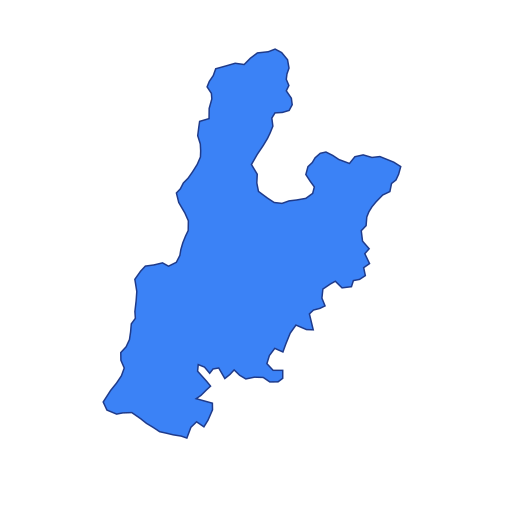 Morungaba, São Paulo, Brazil, rotated 112°
{"feature_id": "56859067B67621122776092", "entity_name": "Morungaba", "entity_type": "district", "adm_level": 2, "iso_a3": "BRA", "parent_name": "Brazil", "parent_adm1": "São Paulo", "projection": "orthographic", "projection_center": [-46.788, -22.888], "detail": "fine", "context": "isolated", "style": "filled", "palette": "blue", "viewbox_px": 512, "rotation_deg": 112, "n_neighbors": 0, "source": "geoboundaries", "source_scale": "gbopen_adm2", "svg_char_len": 2399}
<svg xmlns="http://www.w3.org/2000/svg" viewBox="0 0 512 512"><g transform="rotate(112 256 256)"><path d="M160.6,164.9L152.0,161.4L146.1,156.0L138.0,157.5L133.1,154.7L126.8,154.4L118.9,155.3L117.4,163.4L117.4,171.1L117.4,178.4L121.2,185.4L122.1,194.5L126.9,201.5L135.2,204.0L135.5,215.3L134.0,222.6L133.4,230.1L136.7,234.9L142.8,238.0L148.2,238.8L153.7,241.3L161.8,240.3L166.3,233.9L170.1,227.8L176.7,226.9L183.9,231.4L188.9,239.4L192.5,246.0L197.5,251.6L199.6,259.2L198.0,267.2L195.2,277.9L188.0,282.6L179.7,285.5L172.9,294.5L161.2,292.9L150.9,290.7L142.8,289.4L136.6,289.0L129.3,289.0L122.2,293.0L116.2,292.0L113.0,285.3L108.6,279.8L102.2,279.1L96.5,282.3L91.5,289.8L85.6,289.4L80.9,294.1L75.6,295.5L69.4,295.8L62.2,300.3L57.8,308.4L57.0,315.8L62.0,321.1L67.2,330.8L74.7,335.3L82.9,338.7L85.1,347.5L90.9,354.9L97.5,363.5L104.7,363.2L111.6,364.7L117.5,364.7L121.9,358.3L126.9,355.8L136.7,354.7L146.2,351.0L152.3,358.7L158.0,357.3L166.3,355.1L173.0,349.6L179.2,346.7L185.0,344.6L193.1,344.8L202.0,346.4L209.3,348.1L215.5,350.7L222.1,351.3L227.4,353.4L235.3,347.7L238.8,343.2L242.7,338.1L248.7,331.9L257.8,328.4L264.0,328.8L271.1,328.8L278.1,328.1L284.0,326.8L291.7,327.5L298.2,333.3L297.4,340.1L302.6,347.4L306.8,354.8L313.3,357.3L323.0,359.6L333.6,353.2L342.6,350.3L352.8,347.5L359.0,344.5L365.6,346.2L373.5,343.8L380.9,342.0L388.8,342.4L396.2,345.2L403.3,342.2L409.2,336.2L417.5,335.9L426.1,337.7L435.0,340.4L448.6,343.0L454.7,336.5L454.8,326.0L451.4,320.8L447.7,312.5L450.1,301.9L452.2,294.9L453.3,287.9L455.0,279.5L453.9,273.0L452.8,265.7L451.0,257.9L450.7,251.9L439.2,252.2L432.0,249.0L433.9,240.3L426.2,239.0L414.9,238.7L408.8,241.3L409.8,250.0L410.7,258.0L405.8,254.8L399.0,251.9L393.7,249.4L390.7,254.8L384.7,267.0L378.3,268.9L378.3,262.1L382.1,255.0L376.8,253.5L373.8,248.6L381.3,239.0L375.6,235.8L369.8,233.6L372.7,226.5L373.8,219.4L368.9,212.0L365.9,203.8L367.6,196.0L364.4,188.4L359.4,185.4L352.0,188.4L355.6,197.3L351.7,205.6L343.2,206.3L334.6,204.0L334.9,195.1L326.6,195.4L314.8,195.4L305.1,193.1L305.3,181.6L303.0,175.3L296.7,179.8L289.7,184.8L284.6,182.5L280.6,177.1L276.4,173.3L270.4,179.1L261.6,181.6L254.0,176.5L249.7,173.0L253.3,164.3L248.7,156.0L242.3,156.5L238.9,151.2L233.2,147.3L226.5,151.8L220.5,147.9L213.1,156.0L206.9,153.8L202.3,162.8L193.1,167.9L186.6,165.3L178.3,167.9L172.7,167.9L166.8,166.9L160.6,164.9Z" fill="#3b82f6" stroke="#1e3a8a" stroke-width="1.5"/></g></svg>